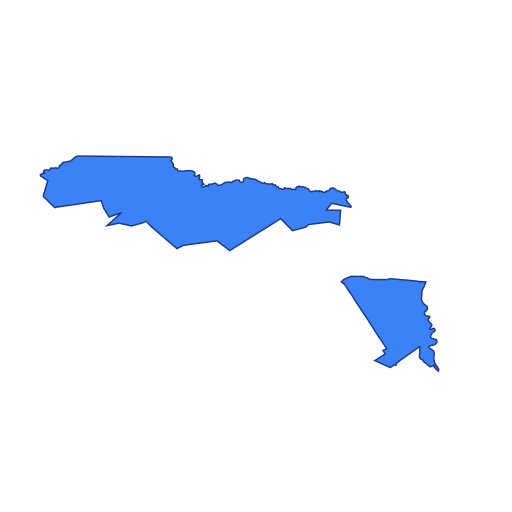 Torreón, Coahuila, Mexico (Natural Earth projection), rotated 135°
{"feature_id": "50627088B67777586525321", "entity_name": "Torreón", "entity_type": "district", "adm_level": 2, "iso_a3": "MEX", "parent_name": "Mexico", "parent_adm1": "Coahuila", "projection": "natural_earth1", "projection_center": [-103.236, 25.242], "detail": "fine", "context": "isolated", "style": "filled", "palette": "blue", "viewbox_px": 512, "rotation_deg": 135, "n_neighbors": 0, "source": "geoboundaries", "source_scale": "gbopen_adm2", "svg_char_len": 6022}
<svg xmlns="http://www.w3.org/2000/svg" viewBox="0 0 512 512"><g transform="rotate(135 256 256)"><path d="M351.7,465.0L350.0,456.5L363.8,449.0L364.2,448.3L364.1,432.9L363.5,432.0L362.5,431.6L326.3,404.6L329.9,397.3L332.3,387.4L320.3,381.8L339.8,382.8L329.7,376.2L322.6,365.1L313.4,360.0L310.7,358.8L309.1,358.3L309.2,349.9L306.7,317.1L299.8,314.9L272.9,294.4L270.7,278.4L212.1,265.0L212.3,248.1L200.6,241.4L196.5,241.0L180.2,228.4L175.0,219.0L163.8,228.5L173.9,238.8L165.2,239.8L154.6,223.5L154.2,223.5L153.9,223.6L153.6,224.0L153.5,224.6L153.5,227.0L153.4,227.6L153.5,228.7L153.4,228.9L153.0,229.7L153.1,230.6L153.0,231.2L152.7,231.7L151.3,232.7L150.9,232.7L150.1,232.1L149.7,232.1L149.0,232.4L148.5,233.0L148.3,233.2L148.3,233.6L148.6,234.5L149.1,235.8L149.2,236.4L149.0,236.9L148.2,237.6L147.9,238.1L147.8,238.4L147.9,238.7L148.1,238.9L150.0,240.1L150.6,240.8L151.3,242.9L152.4,245.2L152.5,245.8L152.7,246.2L152.6,246.6L152.7,247.3L152.7,248.0L153.3,249.1L153.4,249.7L154.3,250.2L155.5,251.2L156.0,251.2L156.6,250.9L156.9,250.6L157.3,250.6L158.1,250.8L161.2,252.4L162.1,252.3L162.6,252.4L163.3,253.6L163.6,254.5L164.2,255.5L164.4,256.2L165.2,256.3L165.5,256.6L165.5,256.8L165.2,257.4L165.3,257.7L165.7,258.0L167.0,258.4L167.4,259.1L167.5,259.5L167.4,259.9L167.5,260.0L168.5,260.3L169.1,260.6L170.3,261.6L170.6,262.0L171.3,262.2L171.7,262.7L171.9,263.3L172.1,264.7L171.7,265.4L171.6,266.9L172.2,267.7L172.5,268.3L172.6,268.9L172.6,269.5L173.3,270.9L173.8,271.7L175.8,273.9L176.0,274.9L176.4,275.0L176.7,274.6L176.8,274.6L177.4,275.1L178.0,275.8L178.5,276.0L179.3,276.0L180.5,275.2L180.8,275.0L181.0,275.1L181.9,276.2L182.1,276.7L183.9,277.5L183.9,278.2L183.8,278.8L184.0,279.6L185.8,281.5L187.4,282.8L187.5,283.1L187.3,283.7L187.5,284.1L187.8,284.1L188.8,283.7L190.0,284.1L190.5,285.1L190.9,286.3L191.5,286.8L191.8,287.3L191.9,288.6L191.6,289.2L191.5,289.5L192.2,290.3L192.4,290.6L192.3,291.5L192.5,291.8L192.1,292.4L192.1,292.7L193.3,293.5L193.4,293.8L193.4,294.4L193.9,294.8L193.9,295.0L193.3,295.4L193.3,295.6L195.5,297.1L196.6,298.6L197.3,299.2L197.7,299.6L198.0,300.8L197.9,301.6L199.1,302.0L200.0,303.0L200.8,305.5L201.8,308.0L202.0,309.7L202.7,311.4L204.6,313.7L206.1,316.6L206.9,318.0L207.4,318.4L208.5,318.8L209.3,319.1L210.0,319.3L210.5,319.1L211.2,318.4L212.1,317.7L212.9,317.6L213.5,317.8L214.1,318.4L214.8,319.3L214.9,319.6L214.8,320.1L214.4,320.8L214.5,321.6L214.8,322.1L215.6,323.1L217.6,324.4L218.9,324.6L219.7,325.3L220.1,325.3L220.6,325.1L221.4,325.3L221.7,325.6L222.1,326.5L222.6,327.1L223.0,327.8L224.0,328.2L225.3,329.7L226.7,329.9L227.8,330.5L229.4,330.5L230.4,331.0L232.1,332.0L232.8,332.7L232.9,333.0L233.0,334.3L233.0,335.4L233.2,336.0L233.5,336.5L234.2,337.1L236.3,337.8L237.8,339.3L238.6,340.0L239.0,340.1L239.9,339.3L240.2,339.3L240.7,339.7L241.4,341.2L242.8,341.3L243.7,341.5L244.7,341.9L245.0,342.3L245.2,342.6L245.4,343.3L245.3,343.8L245.2,344.1L244.4,344.4L243.7,344.3L243.4,344.2L243.0,343.5L242.7,343.4L242.3,343.4L242.0,343.8L242.0,344.7L242.3,346.2L242.3,346.5L242.0,346.8L241.1,346.9L240.7,347.1L240.4,347.4L240.1,348.0L240.3,348.4L241.6,349.6L242.0,350.2L242.0,350.7L241.8,350.9L240.1,351.6L239.4,352.3L238.7,353.3L238.8,353.6L239.0,353.7L240.5,354.0L241.7,354.5L242.3,355.3L242.8,356.4L242.9,356.6L242.7,356.9L241.8,357.0L240.9,357.5L240.6,357.8L240.3,358.6L240.3,359.7L241.7,362.2L243.1,363.9L245.8,366.2L247.8,367.6L250.9,371.2L251.0,371.4L250.9,372.1L250.7,372.4L250.2,372.8L250.2,373.0L250.2,373.3L250.6,373.7L251.1,374.0L251.3,374.3L251.3,375.0L251.0,375.9L251.0,376.2L251.5,377.4L251.5,377.7L250.9,378.3L250.2,378.6L249.6,379.4L249.1,381.3L249.0,382.2L248.7,383.1L248.6,383.5L247.0,383.7L246.4,384.1L246.1,384.7L246.1,385.1L246.3,385.7L246.1,386.1L309.5,450.8L310.0,451.1L311.1,452.6L313.3,453.6L315.0,453.8L316.1,454.1L317.2,453.8L317.6,453.8L318.5,454.2L320.4,454.5L323.5,456.7L324.6,457.1L325.6,458.1L326.3,458.6L327.9,458.6L328.1,458.5L328.5,457.9L330.5,458.8L331.2,458.6L332.5,457.9L334.3,458.1L334.6,458.6L335.1,459.9L336.8,460.9L337.7,462.1L338.7,462.9L338.8,463.2L339.3,463.3L340.8,462.8L341.4,462.8L341.9,463.2L342.9,464.9L345.0,466.3L345.8,466.4L346.4,466.0L346.6,465.7L346.7,465.1L346.5,464.3L346.8,464.0L347.2,464.1L348.0,464.5L348.2,464.8L348.5,465.4L348.8,465.6L349.5,465.4L350.0,465.5L350.9,466.0L351.7,465.0ZM214.0,177.4L213.7,174.6L213.2,174.6L213.7,171.7L215.5,163.5L215.4,163.2L216.2,159.2L217.6,153.7L221.1,136.5L221.0,136.4L226.5,111.4L226.4,111.3L229.1,98.0L233.1,99.4L233.8,95.4L245.9,98.0L240.0,82.3L234.8,81.1L234.5,79.8L232.6,80.7L231.9,80.8L229.5,80.4L229.5,80.6L204.4,76.2L204.5,76.0L204.4,75.7L211.9,68.9L212.4,67.0L211.6,64.7L212.1,63.6L212.1,62.5L211.3,54.6L206.6,52.4L208.1,51.5L208.6,51.4L208.6,45.6L207.8,46.0L206.9,46.8L206.4,48.5L205.5,53.3L204.6,55.2L203.3,57.2L202.6,58.0L201.9,58.7L200.4,59.7L199.6,60.4L198.7,61.3L197.8,62.5L197.6,63.3L197.6,63.9L198.1,66.3L198.6,68.1L198.7,69.0L198.4,69.5L197.8,69.7L196.7,69.5L195.3,68.8L193.7,67.6L191.7,66.9L191.2,66.8L189.9,66.9L188.8,67.3L188.2,67.9L187.8,68.8L187.8,69.8L189.3,72.3L189.9,73.4L190.1,74.4L189.9,75.2L189.5,75.6L188.3,76.4L186.1,76.9L185.7,77.0L184.3,76.7L183.2,76.4L182.4,76.6L181.8,76.9L181.5,77.3L181.3,78.5L181.4,79.0L182.5,79.9L183.7,80.1L184.3,80.3L184.7,80.7L184.9,81.6L184.8,81.9L184.4,82.0L181.6,82.3L181.2,82.4L180.7,82.7L180.4,83.1L180.2,83.9L180.1,87.2L179.9,88.2L179.6,88.9L179.1,89.4L178.4,89.7L176.6,89.7L176.2,90.0L176.1,90.6L176.2,91.1L177.5,92.4L178.0,93.4L178.2,94.0L178.2,94.6L177.9,95.4L177.4,96.5L177.1,96.8L176.3,97.1L174.3,96.9L172.9,97.0L172.2,97.3L171.3,98.3L170.8,99.3L170.6,100.0L171.2,103.0L171.1,104.6L170.6,106.4L169.9,108.1L168.9,109.2L168.1,109.9L166.1,111.3L164.4,113.3L164.0,113.5L161.2,114.9L159.6,115.4L158.9,115.5L158.2,115.7L157.3,116.3L155.0,117.1L154.3,117.6L157.8,121.7L158.1,121.5L158.3,121.7L158.2,121.8L158.3,122.0L158.4,121.9L158.7,122.3L159.2,123.4L161.9,126.7L161.5,127.0L161.9,126.9L177.2,145.1L180.2,146.8L191.6,158.4L194.8,165.9L203.2,174.4L210.2,177.3L214.0,177.4Z" fill="#3b82f6" stroke="#1e3a8a" stroke-width="1.5"/></g></svg>